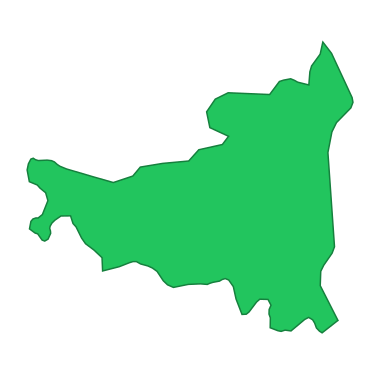 outline of Saldus, rotated 268°
{"feature_id": "LVA-1068", "entity_name": "Saldus", "entity_type": "Municipality", "adm_level": 1, "iso_a3": "LVA", "parent_name": "Latvia", "parent_adm1": "", "projection": "orthographic", "projection_center": [22.32, 56.635], "detail": "fine", "context": "isolated", "style": "filled", "palette": "green", "viewbox_px": 384, "rotation_deg": 268, "n_neighbors": 0, "source": "natural_earth", "source_scale": "10m", "svg_char_len": 1643}
<svg xmlns="http://www.w3.org/2000/svg" viewBox="0 0 384 384"><g transform="rotate(268 192 192)"><path d="M132.3,332.5L126.0,329.9L114.2,321.1L108.2,317.9L93.9,316.9L58.5,333.4L58.4,333.2L57.8,332.3L46.7,317.1L48.5,314.5L51.8,311.6L56.7,310.0L60.1,308.1L62.6,304.2L60.7,300.2L49.7,286.1L50.7,280.2L49.6,276.2L50.4,272.9L53.6,265.4L63.5,265.9L67.3,264.7L71.9,265.0L76.1,267.0L82.0,264.2L82.5,256.0L79.8,252.7L70.1,244.8L68.0,242.0L67.9,237.7L83.5,232.3L96.0,230.0L102.8,225.6L104.3,222.2L103.5,219.1L102.0,216.4L101.0,209.8L100.1,206.5L99.1,204.1L99.9,197.2L99.8,185.1L97.3,170.1L100.1,164.3L104.3,160.2L113.9,154.3L117.4,149.8L119.6,145.4L121.9,138.1L124.4,134.0L124.5,130.5L123.5,126.9L119.9,116.7L116.2,99.9L129.5,99.8L137.5,91.9L144.0,83.8L149.9,80.0L161.2,74.9L164.6,72.0L172.4,69.8L172.6,60.2L168.7,54.1L165.8,50.9L162.7,49.0L160.6,48.5L158.0,49.2L155.6,49.3L149.9,46.5L148.1,43.1L149.2,40.5L155.6,36.3L156.4,33.8L160.8,28.3L168.3,30.0L170.6,32.1L171.5,35.0L171.4,37.3L174.7,41.7L188.4,47.7L196.4,45.7L201.0,40.4L204.4,37.6L208.0,29.8L219.8,28.0L225.9,29.5L230.5,32.1L231.3,34.5L229.8,36.6L228.8,39.4L228.9,48.4L228.2,52.8L226.8,55.6L224.3,58.2L222.4,60.8L219.4,67.4L210.6,93.9L204.2,113.7L210.0,133.4L218.7,141.2L221.6,163.6L223.1,189.8L234.0,200.3L238.4,224.0L246.4,230.5L255.7,212.1L271.6,209.4L284.0,218.5L289.9,231.6L286.7,273.0L299.4,283.2L300.6,287.4L301.7,294.6L300.0,298.3L298.1,301.4L294.9,312.5L308.0,314.0L313.8,315.9L325.3,324.9L337.0,327.9L337.3,328.0L325.7,336.3L280.8,355.3L276.0,356.0L270.5,353.7L256.3,338.8L247.9,334.3L247.1,333.9L226.7,329.2L132.3,332.5Z" fill="#22c55e" stroke="#15803d" stroke-width="1.5"/></g></svg>